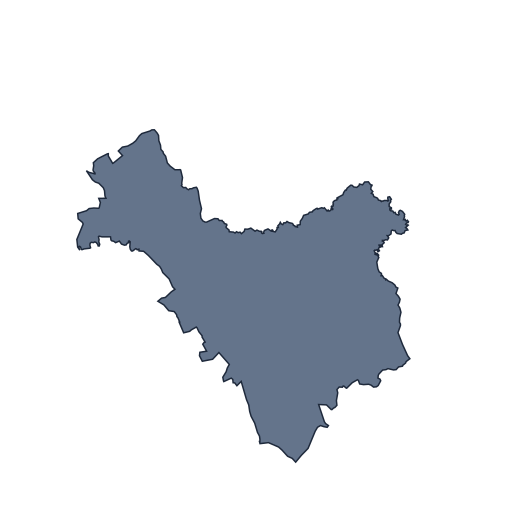 Baranoa, Atlántico, Colombia, rotated 133°
{"feature_id": "7082276B40558284352114", "entity_name": "Baranoa", "entity_type": "district", "adm_level": 2, "iso_a3": "COL", "parent_name": "Colombia", "parent_adm1": "Atlántico", "projection": "robinson", "projection_center": [-74.921, 10.782], "detail": "fine", "context": "isolated", "style": "filled", "palette": "slate", "viewbox_px": 512, "rotation_deg": 133, "n_neighbors": 0, "source": "geoboundaries", "source_scale": "gbopen_adm2", "svg_char_len": 6120}
<svg xmlns="http://www.w3.org/2000/svg" viewBox="0 0 512 512"><g transform="rotate(133 256 256)"><path d="M230.8,74.2L226.2,73.4L225.5,77.1L220.8,88.5L215.2,99.9L208.4,102.9L207.2,104.0L206.6,105.9L203.3,108.7L198.3,111.6L196.0,115.3L195.0,118.7L192.0,119.6L189.3,121.2L188.3,124.4L188.0,128.0L182.7,130.4L183.3,132.5L182.5,134.7L182.7,138.2L184.1,142.2L184.1,144.8L184.9,144.9L184.4,145.8L184.9,147.0L184.2,150.1L185.1,151.1L183.8,151.6L183.2,152.5L183.6,155.1L182.2,158.2L178.1,163.5L173.3,165.2L173.2,166.2L171.7,166.9L171.5,168.9L172.7,168.1L173.6,170.1L173.3,170.4L172.3,169.6L172.2,171.8L171.5,173.2L170.8,173.2L169.8,172.1L168.8,171.8L168.5,171.1L169.6,170.3L169.4,169.6L168.0,169.3L167.4,171.2L165.9,171.7L164.4,171.0L164.5,173.0L164.1,173.5L162.8,172.1L163.4,171.9L163.6,170.7L162.9,169.9L162.5,170.5L163.0,170.9L162.2,171.5L158.9,171.3L158.2,173.6L158.8,173.8L158.4,174.2L157.2,172.9L155.7,172.3L154.6,170.8L152.2,171.3L151.6,173.9L150.8,172.9L147.8,172.3L145.4,174.2L144.1,174.1L143.4,172.4L142.5,171.7L143.3,169.8L143.3,168.1L140.9,164.5L139.6,164.4L138.1,163.4L135.7,164.3L133.4,162.7L133.0,164.3L133.2,166.0L129.6,165.7L129.7,166.3L130.6,166.3L130.8,168.2L129.1,168.4L127.8,167.6L126.9,167.9L126.7,169.8L127.9,169.9L128.2,171.0L127.5,171.8L128.8,172.9L125.9,174.2L125.3,175.1L124.1,175.7L123.5,179.3L124.2,181.7L125.2,182.0L127.1,181.4L127.9,179.7L128.9,179.7L130.0,182.2L129.2,184.0L130.4,184.8L129.8,186.6L131.1,188.4L131.0,189.6L130.1,190.3L129.3,189.0L128.4,189.9L129.0,192.3L127.2,194.1L124.5,194.4L123.5,195.6L122.2,195.7L121.5,198.7L123.0,199.7L123.9,199.1L125.2,197.0L125.9,197.0L126.1,198.1L128.0,200.1L129.4,200.6L129.8,201.4L130.7,201.5L130.6,202.9L131.6,204.6L130.9,206.3L131.0,207.3L132.2,210.3L131.0,212.5L131.5,214.4L129.2,214.5L128.9,217.6L126.5,219.3L125.5,219.1L125.0,219.5L125.7,220.9L125.1,224.4L127.8,227.0L131.2,226.6L132.8,229.4L134.2,228.7L137.1,229.1L138.8,231.5L138.8,234.0L139.6,235.0L144.3,235.6L146.2,234.9L146.8,235.6L149.7,235.2L151.9,234.2L158.1,236.3L158.3,235.3L159.1,235.8L159.9,235.1L161.4,236.1L163.4,236.5L164.7,235.9L165.2,234.8L166.0,234.7L166.6,233.7L167.5,233.9L168.0,234.7L168.7,234.5L168.8,233.7L170.1,233.3L169.9,232.6L169.1,232.3L169.2,231.8L169.8,231.6L170.8,232.7L172.8,232.8L173.5,233.6L173.2,234.6L174.6,234.7L174.1,238.9L175.2,239.2L175.8,240.8L179.6,242.9L179.4,243.8L180.0,244.2L183.9,245.2L185.3,244.9L187.6,246.7L189.7,246.5L193.8,248.9L196.8,247.8L200.4,247.3L202.9,245.1L205.4,246.9L206.6,245.4L207.8,247.5L207.4,248.3L208.1,249.5L207.5,250.4L207.4,251.7L209.2,254.8L209.6,256.9L211.5,256.9L212.8,258.3L214.8,257.8L215.3,259.4L214.8,261.2L216.5,260.6L219.0,260.6L219.9,259.1L220.8,260.0L222.0,258.9L225.3,258.4L226.2,260.0L225.7,261.7L226.2,262.1L227.0,261.2L227.4,261.8L228.0,265.7L231.6,267.3L233.9,266.4L234.1,265.8L235.3,266.7L235.3,267.9L234.3,268.3L234.3,269.0L235.6,270.4L236.4,273.0L238.5,273.6L239.1,278.8L241.9,280.2L243.9,282.5L246.1,281.4L249.6,281.9L249.4,283.9L251.1,285.0L251.5,286.8L253.5,287.0L253.9,288.8L256.5,292.1L255.4,293.5L255.6,297.2L254.8,298.0L253.3,298.3L252.8,299.1L253.8,301.3L253.2,302.8L253.5,304.4L253.1,305.0L255.1,307.1L254.7,309.2L256.9,311.9L265.0,315.3L265.9,316.3L266.6,318.8L265.9,322.1L262.9,325.7L258.6,328.1L253.8,335.3L248.0,342.5L246.6,345.3L246.4,346.5L248.9,348.3L250.4,348.7L252.0,350.3L253.5,350.5L254.0,352.1L253.8,354.1L255.5,355.7L255.5,358.5L254.3,358.8L253.4,360.0L248.8,363.2L244.5,369.7L244.5,370.2L248.2,374.1L248.8,379.9L248.4,384.3L244.7,390.1L244.1,393.8L243.2,395.0L242.9,398.3L240.1,401.4L238.0,405.6L234.3,409.5L233.5,412.1L233.0,416.4L234.8,418.2L236.9,418.8L244.3,423.0L247.5,423.3L253.8,422.5L257.5,423.0L263.1,424.8L267.5,428.0L273.1,428.3L273.6,422.1L285.3,423.7L286.0,424.0L283.6,432.2L281.9,433.8L282.7,434.4L292.8,438.1L298.7,438.6L300.6,436.3L304.3,433.8L304.9,432.6L305.2,430.2L305.8,429.8L308.8,435.4L309.3,438.2L311.8,427.6L311.5,424.0L310.0,420.6L310.2,414.3L311.5,411.4L315.1,407.4L316.1,405.1L321.1,410.3L323.0,406.3L327.6,403.6L328.4,403.6L331.5,407.3L335.1,410.4L338.4,410.8L346.5,415.4L350.1,411.4L349.8,405.8L350.5,404.2L366.1,398.3L371.1,392.5L371.9,388.8L370.9,391.0L369.7,391.8L369.2,391.6L369.1,390.4L370.1,388.6L370.1,387.6L368.1,386.6L363.6,382.8L362.8,382.6L361.4,384.9L359.8,386.0L358.3,385.8L357.1,384.0L355.6,383.5L355.1,382.0L355.5,379.6L356.3,378.3L355.6,377.5L354.0,378.3L352.9,380.6L351.1,381.9L349.3,384.4L348.5,384.3L347.1,381.8L341.2,375.5L343.2,373.0L343.3,371.9L342.2,370.0L342.0,367.8L338.3,366.1L339.0,362.5L337.8,359.6L336.4,358.5L334.6,358.9L333.1,358.2L332.2,359.3L331.5,359.1L331.4,357.7L335.3,354.6L336.7,352.7L337.2,350.8L337.0,350.0L335.9,349.5L332.7,349.0L332.3,348.1L332.5,347.1L330.9,346.3L332.1,345.0L329.2,341.4L329.0,335.0L329.7,323.0L329.3,319.5L330.1,316.4L331.7,312.9L332.0,303.9L335.4,296.0L335.6,292.6L339.9,293.5L348.1,294.0L351.2,296.3L356.0,296.9L354.6,290.0L355.5,282.5L352.4,277.9L353.1,274.0L354.3,272.4L354.4,271.1L356.3,266.8L356.8,267.1L361.5,256.5L356.3,253.1L354.0,252.9L348.7,251.2L348.7,250.2L350.4,246.0L351.1,241.0L352.1,240.1L353.7,234.5L354.7,235.0L356.8,234.8L359.3,227.2L364.7,231.4L367.5,229.3L369.6,223.5L361.1,217.3L351.9,217.3L353.5,201.6L357.5,200.6L361.0,198.9L367.3,197.6L369.5,194.6L369.8,193.9L362.2,190.8L362.1,188.8L364.3,186.3L363.3,185.0L363.9,181.5L357.8,181.3L367.5,165.0L369.9,159.7L374.0,154.6L376.6,150.2L379.1,143.0L384.0,134.6L385.3,130.7L387.3,128.2L389.2,126.5L389.4,126.8L390.5,125.1L384.0,119.6L380.3,109.2L380.2,104.6L380.9,96.3L379.3,91.5L379.7,86.4L370.7,86.9L361.2,86.7L343.8,93.2L339.3,94.2L336.0,93.2L334.5,89.9L332.7,87.1L330.6,87.4L331.1,90.8L330.6,92.9L321.9,108.9L316.8,102.9L317.0,96.2L316.5,95.7L314.4,95.6L313.0,95.0L310.0,95.0L306.9,98.6L300.3,102.9L298.5,105.7L295.1,105.8L293.0,103.3L291.7,103.6L291.2,103.0L291.1,99.8L290.7,99.5L283.0,99.2L277.3,97.4L277.2,96.2L278.9,92.9L276.7,89.6L273.0,86.2L272.0,83.9L271.7,80.6L269.5,78.7L267.4,78.3L262.2,79.7L261.5,81.3L262.1,83.6L259.9,85.2L258.7,85.6L253.1,85.6L250.4,83.4L248.4,82.7L245.5,77.7L243.5,76.0L239.9,76.1L236.7,73.7L235.9,74.1L232.3,73.6L230.8,74.2Z" fill="#64748b" stroke="#1e293b" stroke-width="1.5"/></g></svg>